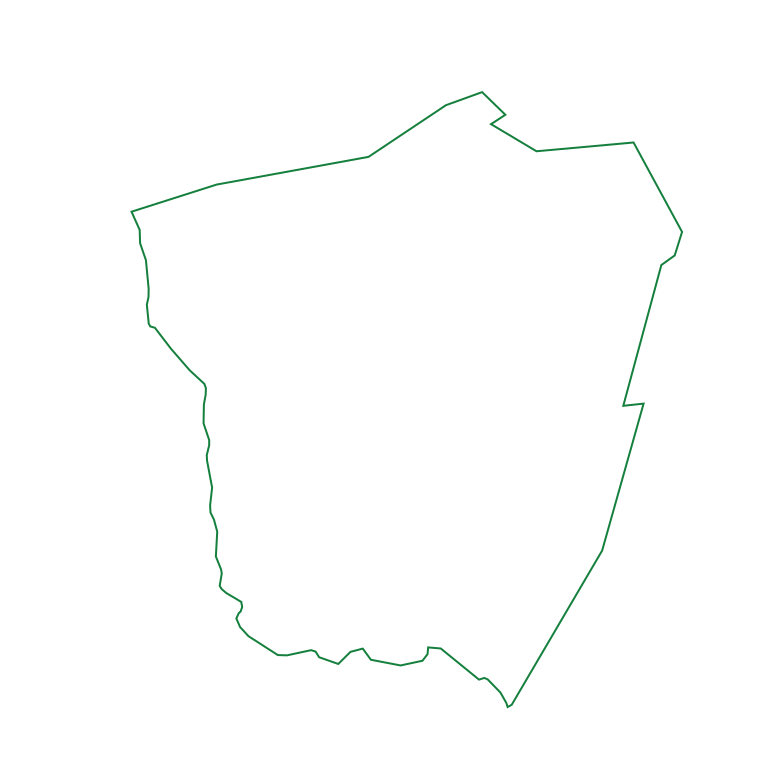 the district of Hart, Georgia, United States of America, rotated 188°
{"feature_id": "52423323B38261098035275", "entity_name": "Hart", "entity_type": "district", "adm_level": 2, "iso_a3": "USA", "parent_name": "United States of America", "parent_adm1": "Georgia", "projection": "equal_earth", "projection_center": [-82.915, 34.353], "detail": "fine", "context": "isolated", "style": "outline", "palette": "green", "viewbox_px": 768, "rotation_deg": 188, "n_neighbors": 0, "source": "geoboundaries", "source_scale": "gbopen_adm2", "svg_char_len": 1097}
<svg xmlns="http://www.w3.org/2000/svg" viewBox="0 0 768 768"><g transform="rotate(188 384 384)"><path d="M216.6,81.3L212.9,84.1L144.8,249.4L124.2,400.7L144.0,395.7L125.9,540.4L114.0,551.8L110.0,576.1L170.5,657.9L265.4,635.7L314.2,656.2L301.3,667.5L327.5,686.7L361.5,668.7L430.9,606.8L577.5,558.2L658.0,519.5L647.4,502.6L645.1,489.4L637.0,473.5L630.3,445.5L629.3,437.3L629.9,429.6L625.4,411.1L623.5,408.5L618.7,407.8L599.9,389.3L590.7,381.3L578.3,370.5L561.9,359.1L559.8,355.2L559.1,348.6L559.5,338.6L557.2,319.9L549.3,304.1L548.6,299.1L549.6,288.8L548.6,283.6L541.2,261.6L539.8,257.6L539.3,239.5L537.9,232.5L533.6,226.2L528.6,214.6L526.5,189.8L519.5,177.6L518.3,173.9L518.6,161.2L516.3,158.4L511.2,155.1L495.0,148.3L493.4,143.4L494.3,138.8L495.9,136.9L497.6,131.3L492.7,123.3L483.1,115.4L451.4,100.8L442.3,101.8L419.1,110.3L414.5,109.5L410.2,104.4L390.3,100.4L379.9,114.1L368.2,119.0L358.6,109.1L328.4,107.6L308.2,115.0L307.4,115.3L303.3,122.5L303.6,129.3L291.0,130.0L248.8,104.5L243.7,106.9L240.2,105.9L225.7,94.6L218.5,85.2L216.6,81.3Z" fill="none" stroke="#15803d" stroke-width="2"/></g></svg>